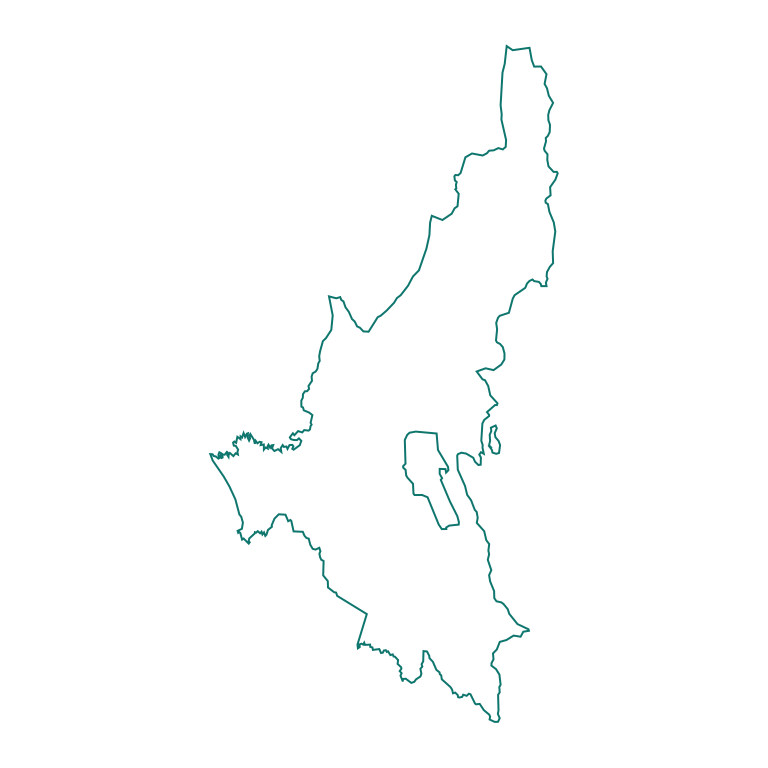 Tapanuli Selatan, Sumatera Utara, Indonesia (Equal Earth projection)
{"feature_id": "22746128B22210082667393", "entity_name": "Tapanuli Selatan", "entity_type": "district", "adm_level": 2, "iso_a3": "IDN", "parent_name": "Indonesia", "parent_adm1": "Sumatera Utara", "projection": "equal_earth", "projection_center": [99.254, 1.551], "detail": "fine", "context": "isolated", "style": "outline", "palette": "teal", "viewbox_px": 768, "rotation_deg": 0, "n_neighbors": 0, "source": "geoboundaries", "source_scale": "gbopen_adm2", "svg_char_len": 6092}
<svg xmlns="http://www.w3.org/2000/svg" viewBox="0 0 768 768"><path d="M506.7,46.1L504.7,63.9L502.5,72.6L500.6,105.2L501.7,114.4L501.4,119.5L506.1,140.0L505.7,146.9L502.8,149.4L498.3,148.1L493.8,150.3L489.1,150.7L487.0,153.2L482.7,155.5L472.0,153.5L465.4,157.3L460.6,173.0L458.2,175.2L455.4,175.0L454.4,176.3L454.9,180.4L456.7,182.0L455.9,184.9L456.3,188.4L455.3,189.3L458.7,193.8L457.5,206.3L454.6,208.3L451.7,213.7L442.4,220.0L431.8,215.8L430.1,222.6L429.4,235.3L426.4,248.7L418.9,270.4L413.0,276.4L408.0,285.8L400.7,295.2L396.9,298.1L394.1,302.7L386.6,310.6L380.7,315.7L377.7,317.2L368.6,331.7L363.4,331.4L359.9,327.7L357.1,326.4L354.7,321.5L352.0,319.0L348.8,311.8L345.5,307.3L343.5,301.5L341.3,299.9L340.2,297.1L336.3,298.3L329.0,296.4L332.7,315.4L331.3,329.9L326.0,338.1L322.9,341.1L320.1,351.2L319.2,356.2L319.7,360.9L318.3,363.3L317.4,368.9L315.7,371.5L312.7,373.3L311.6,376.6L312.0,380.8L308.5,386.0L309.1,388.9L307.1,391.2L304.9,391.3L303.0,394.1L302.8,397.8L301.3,400.7L301.4,406.6L303.0,407.5L303.8,410.3L309.2,412.6L312.4,415.1L310.6,422.8L311.6,424.6L310.5,426.2L310.0,429.4L308.6,430.6L304.2,430.1L302.3,432.4L298.1,431.1L294.4,435.2L292.9,433.3L289.8,437.4L290.9,439.2L293.8,440.0L297.0,440.1L298.9,438.4L301.3,440.8L299.8,445.2L293.6,449.7L292.3,448.8L293.4,446.3L292.4,444.9L289.5,445.1L287.5,448.9L286.4,446.5L283.9,446.9L282.7,445.1L280.7,448.2L281.3,451.9L278.1,449.2L274.4,451.0L272.0,448.4L273.2,445.1L271.4,445.4L270.1,447.7L268.5,444.7L267.6,446.2L267.8,448.6L265.6,447.5L263.9,449.6L263.8,444.5L260.7,445.1L261.5,442.2L259.6,441.8L257.4,443.3L255.7,440.8L254.8,443.8L254.0,439.9L250.3,434.0L249.6,435.6L250.0,438.7L249.1,440.6L247.5,437.1L247.9,433.3L246.8,433.7L245.1,437.0L243.6,433.1L242.1,437.5L240.6,436.4L240.5,439.2L237.4,436.8L236.1,442.8L234.4,441.5L233.1,442.6L233.8,445.6L235.8,445.9L238.1,449.6L237.4,452.1L237.9,454.5L235.6,453.3L233.4,456.1L229.9,453.0L228.7,454.6L228.5,456.9L227.2,454.9L227.8,452.6L226.9,451.9L224.7,454.7L222.4,454.5L222.6,457.5L221.5,458.0L220.2,456.1L221.6,453.5L219.4,452.3L218.4,454.8L219.4,458.0L218.4,458.6L215.9,456.5L213.7,456.0L212.6,454.3L210.3,454.1L212.7,460.5L223.7,476.5L229.4,486.4L235.4,499.4L239.4,514.5L241.2,516.7L242.9,522.6L241.9,528.8L237.6,530.9L238.2,532.8L239.2,532.0L240.3,533.0L242.1,539.6L243.6,538.5L248.7,543.6L249.7,542.3L248.6,541.2L249.3,538.4L254.7,533.5L254.9,532.2L256.2,532.6L257.7,531.2L260.1,533.3L261.5,531.7L262.4,534.5L264.0,532.4L265.3,535.9L266.4,534.8L268.0,529.9L271.9,526.8L271.7,525.2L274.5,518.6L278.8,514.3L285.5,514.7L288.2,521.2L290.4,520.0L291.3,520.9L293.6,531.4L302.8,531.8L304.5,535.8L306.5,538.0L308.7,538.6L310.3,544.8L312.7,548.8L315.5,549.6L319.3,547.8L320.4,551.3L319.4,553.6L320.1,557.2L321.2,559.7L323.6,561.0L323.2,575.4L327.8,581.1L328.0,587.5L334.1,592.2L336.1,592.6L337.2,595.9L366.8,614.1L357.5,644.5L357.9,648.3L359.7,647.1L359.6,644.3L361.5,643.7L363.2,644.6L364.2,642.7L365.0,644.9L370.1,644.6L370.3,646.9L372.4,647.4L372.9,649.9L379.3,649.1L381.0,653.0L382.8,652.7L383.9,650.5L385.8,650.2L386.8,651.9L388.0,651.3L390.4,655.1L392.7,654.4L393.6,656.5L395.0,656.7L398.1,660.1L397.6,663.9L401.1,667.2L401.4,668.7L399.7,671.1L401.6,673.2L400.5,675.6L402.8,681.5L403.0,679.0L405.7,678.7L411.3,682.9L414.3,681.8L416.1,679.3L420.4,676.5L421.4,673.8L420.4,668.8L422.3,666.6L421.6,664.2L423.2,661.4L423.5,651.1L427.0,651.5L429.2,655.7L429.5,658.2L432.9,661.8L436.4,669.9L439.5,672.3L439.8,674.1L441.2,675.3L441.8,679.3L450.5,687.1L452.1,689.6L453.0,693.3L455.2,692.6L457.7,695.0L458.1,697.2L459.4,697.5L462.2,696.9L463.2,694.7L466.7,695.8L468.9,693.7L470.5,694.3L475.0,703.5L476.0,704.3L479.7,703.9L483.9,710.2L489.3,714.7L490.1,716.6L489.6,719.5L494.7,721.9L498.0,721.8L499.7,718.2L497.9,714.0L498.5,710.3L498.1,694.8L499.7,692.3L499.3,687.0L500.6,684.7L499.4,674.6L496.0,669.1L491.4,665.6L491.5,663.2L493.5,659.3L493.0,653.4L496.8,649.5L499.8,641.9L506.5,640.0L513.6,635.6L520.6,636.7L523.3,631.7L528.9,630.8L528.5,629.3L517.5,624.1L509.3,613.9L507.7,609.1L503.6,604.1L501.4,602.4L496.5,601.3L494.3,598.2L494.1,591.1L490.1,581.3L489.1,575.2L491.3,570.2L487.8,559.8L489.1,554.4L488.4,550.5L489.2,544.1L486.3,540.2L484.2,531.2L476.8,522.9L477.7,517.8L476.7,512.0L474.7,509.7L471.1,500.3L467.2,494.9L465.0,485.9L457.8,469.7L457.2,455.7L457.9,454.2L461.3,452.7L466.2,453.6L473.3,457.8L475.0,461.7L478.4,465.0L480.7,464.7L480.9,457.5L479.3,454.6L481.0,452.2L483.8,453.8L482.5,447.7L482.7,445.1L481.3,440.8L482.4,423.5L484.3,419.8L489.0,416.1L489.2,415.0L487.0,412.1L495.1,405.0L496.9,405.1L497.5,403.3L490.3,395.4L488.2,386.0L485.0,380.2L482.5,379.3L476.7,371.5L485.6,368.3L493.6,370.1L501.3,364.5L504.4,359.5L504.5,353.5L502.8,347.1L500.0,343.9L496.9,342.3L496.0,340.4L497.1,329.3L496.2,322.9L498.0,317.8L499.7,315.8L508.9,312.8L512.8,298.5L514.6,295.2L525.3,287.8L527.0,283.6L529.4,281.0L532.5,279.5L534.1,281.1L538.9,281.9L540.8,284.0L541.3,286.1L546.5,286.1L545.9,282.6L547.5,278.8L546.6,276.4L547.0,272.0L549.8,266.9L553.1,263.1L552.7,251.2L555.3,231.5L553.8,222.5L549.4,211.8L547.9,204.1L545.7,202.7L545.4,200.5L546.4,198.5L550.6,195.3L550.1,187.2L555.4,179.6L557.7,173.3L556.9,171.9L553.6,171.9L548.5,166.4L547.3,159.9L547.5,154.3L544.6,150.7L544.0,148.6L546.0,141.4L545.8,137.9L547.8,136.0L549.7,132.1L550.0,124.9L548.4,120.2L548.2,114.9L549.4,110.2L553.1,102.9L548.8,95.7L547.0,88.3L544.6,83.9L546.5,74.2L541.0,66.5L534.2,66.6L531.8,60.2L529.5,47.8L512.7,50.2L506.7,46.1ZM415.7,431.6L436.6,433.5L438.0,450.0L448.0,466.8L448.4,470.2L446.1,472.6L445.5,469.1L439.7,468.9L439.7,473.9L442.1,478.2L440.8,479.9L450.0,501.6L457.3,516.1L458.9,522.1L458.7,524.6L449.2,525.6L446.2,527.5L446.3,529.0L441.8,529.1L438.7,524.5L427.6,497.3L422.2,495.0L414.5,495.0L413.5,493.7L413.0,483.8L407.4,477.6L406.2,475.4L405.6,469.9L403.3,467.8L403.1,466.2L405.5,463.7L404.8,440.0L407.2,434.9L409.6,432.7L415.7,431.6ZM495.6,425.5L490.9,427.7L491.3,431.0L489.7,434.8L490.1,440.8L489.1,445.4L490.4,446.7L489.5,446.7L491.8,449.7L492.5,452.6L496.2,453.8L499.0,453.0L500.1,445.2L498.6,441.0L495.4,437.2L494.7,433.2L496.8,428.3L495.6,425.5Z" fill="none" stroke="#0f766e" stroke-width="2"/></svg>